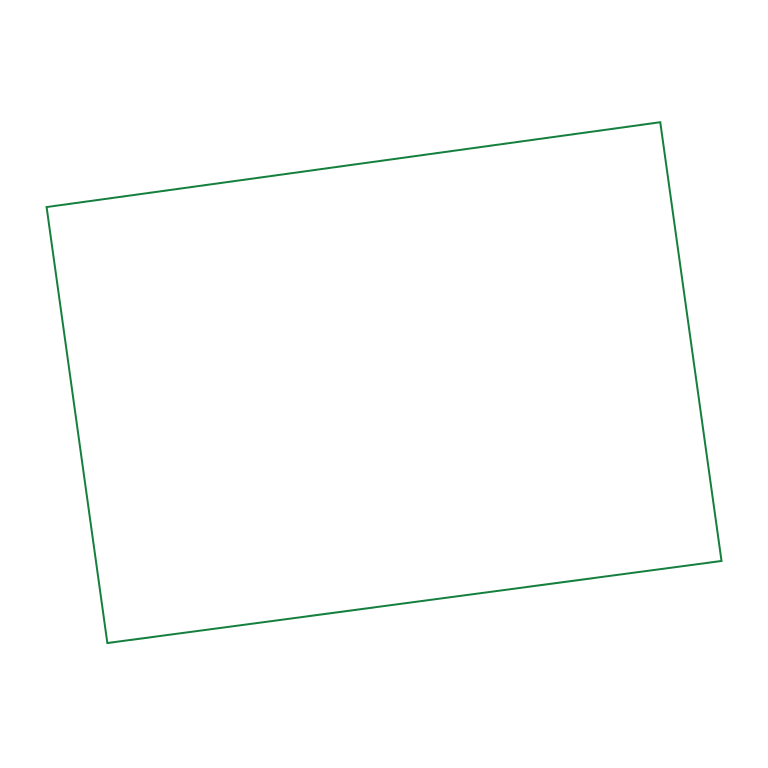 the district of Union, Iowa, United States of America, rotated 352°
{"feature_id": "52423323B51615834161457", "entity_name": "Union", "entity_type": "district", "adm_level": 2, "iso_a3": "USA", "parent_name": "United States of America", "parent_adm1": "Iowa", "projection": "natural_earth1", "projection_center": [-94.28, 41.027], "detail": "fine", "context": "isolated", "style": "outline", "palette": "green", "viewbox_px": 768, "rotation_deg": 352, "n_neighbors": 0, "source": "geoboundaries", "source_scale": "gbopen_adm2", "svg_char_len": 235}
<svg xmlns="http://www.w3.org/2000/svg" viewBox="0 0 768 768"><g transform="rotate(352 384 384)"><path d="M74.5,161.8L74.0,602.0L693.6,606.2L694.0,163.2L385.3,162.5L74.5,161.8Z" fill="none" stroke="#15803d" stroke-width="2"/></g></svg>